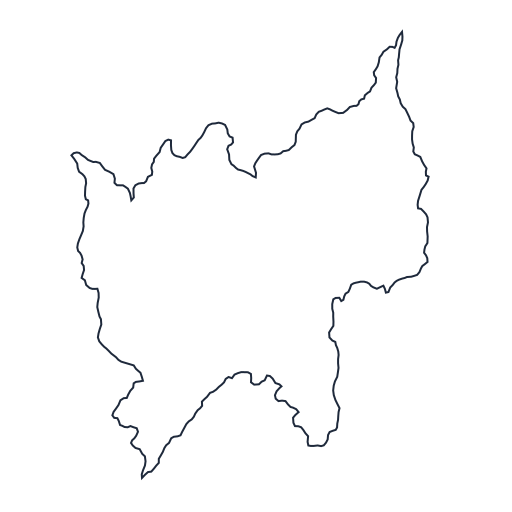 Itapecerica, Minas Gerais, Brazil, rotated 356°
{"feature_id": "56859067B8389558658306", "entity_name": "Itapecerica", "entity_type": "district", "adm_level": 2, "iso_a3": "BRA", "parent_name": "Brazil", "parent_adm1": "Minas Gerais", "projection": "equal_earth", "projection_center": [-45.108, -20.455], "detail": "fine", "context": "isolated", "style": "outline", "palette": "slate", "viewbox_px": 512, "rotation_deg": 356, "n_neighbors": 0, "source": "geoboundaries", "source_scale": "gbopen_adm2", "svg_char_len": 5973}
<svg xmlns="http://www.w3.org/2000/svg" viewBox="0 0 512 512"><g transform="rotate(356 256 256)"><path d="M300.1,449.5L304.3,449.3L307.7,450.2L310.4,449.6L312.8,447.1L314.7,444.0L315.4,439.6L317.2,436.7L320.4,435.7L323.4,435.0L324.9,432.7L325.4,428.8L326.4,425.3L326.9,421.4L327.5,417.4L328.7,413.6L326.9,409.4L325.2,405.2L323.9,400.2L323.6,395.5L324.5,390.7L326.0,386.6L328.6,382.2L329.6,377.7L330.5,373.4L330.4,368.7L330.7,364.6L331.5,360.5L331.4,357.0L330.6,353.3L329.5,350.5L329.1,347.2L326.3,345.7L323.6,342.4L323.6,337.4L326.0,334.0L328.3,331.1L328.7,326.9L328.8,321.8L329.1,318.0L328.4,314.0L328.7,309.3L330.1,304.6L332.5,303.4L336.2,303.5L337.9,306.9L340.1,305.8L341.2,302.4L342.7,299.8L345.6,298.3L347.3,295.2L349.0,291.3L351.4,290.1L353.8,289.6L356.2,289.3L358.6,288.9L361.9,289.1L364.9,290.1L367.1,291.6L368.6,293.8L370.8,295.4L374.3,297.1L377.8,295.7L381.0,294.5L382.3,297.8L383.0,301.6L385.6,301.2L387.7,296.8L390.3,294.5L392.4,292.1L394.6,290.6L397.0,289.6L400.4,288.7L402.8,288.3L405.1,287.5L409.4,287.5L412.2,286.9L415.4,286.1L417.9,283.5L419.7,279.9L421.2,277.6L423.7,276.0L426.7,273.9L426.7,270.1L425.6,267.1L423.9,264.5L424.5,261.3L425.5,258.2L427.9,255.0L428.6,248.5L428.4,243.5L428.6,239.1L429.9,234.5L429.8,229.4L428.6,226.3L426.4,223.4L423.9,220.5L421.0,219.8L420.8,216.2L421.5,212.3L423.4,207.5L425.7,201.5L428.1,198.9L430.3,196.1L432.5,192.7L433.7,188.9L431.2,187.5L431.3,183.8L432.2,180.5L430.0,176.8L428.3,173.1L426.8,168.6L424.0,166.9L421.5,165.6L420.2,162.7L421.0,158.7L420.1,154.9L419.8,150.6L420.1,146.6L420.6,142.4L422.3,138.3L422.1,134.4L419.6,131.7L418.5,127.9L416.7,123.3L415.3,119.9L412.8,117.3L411.0,113.7L410.4,109.9L409.0,106.7L408.5,103.2L407.5,98.4L409.0,92.1L408.3,87.5L409.7,83.4L410.2,79.1L411.4,75.2L411.4,70.7L412.3,67.8L412.8,64.6L413.6,59.8L415.5,55.2L417.0,51.1L417.4,47.4L417.3,42.6L414.7,45.5L412.8,48.2L411.1,52.0L410.4,55.5L408.8,58.0L406.7,56.9L403.9,56.6L401.0,59.0L397.4,61.1L395.4,64.1L393.1,66.5L392.0,71.4L390.5,75.3L388.6,78.0L386.3,80.8L386.5,84.0L388.2,86.8L387.6,91.4L385.6,93.7L383.0,96.1L381.2,99.8L378.9,101.0L375.8,103.3L374.8,106.6L372.0,107.1L369.8,108.8L368.8,111.7L366.8,113.2L364.1,113.1L360.0,113.9L357.1,116.6L352.9,119.3L348.3,119.3L345.2,117.8L342.3,116.3L340.1,114.9L337.4,113.7L334.2,114.7L331.6,115.7L328.7,116.5L326.0,119.0L324.1,122.6L321.0,124.0L317.7,125.6L314.0,126.2L310.6,127.9L308.3,132.0L305.9,134.5L304.3,137.8L303.6,144.8L302.1,148.0L299.3,149.9L296.1,152.6L292.9,153.2L290.5,153.3L287.7,155.4L285.0,156.0L281.8,156.0L278.5,155.7L275.7,154.5L271.7,154.5L268.1,155.6L265.7,158.4L263.6,161.0L261.8,163.4L260.3,166.5L261.0,169.5L261.8,173.0L261.2,177.6L258.1,176.0L256.2,174.2L254.0,172.9L251.5,171.4L249.1,170.2L246.4,169.2L244.1,168.5L242.1,166.7L240.0,164.3L237.9,162.7L236.1,158.3L236.2,152.8L234.7,147.5L236.3,144.1L239.0,143.1L241.0,141.1L240.9,136.3L238.0,134.9L236.4,131.7L236.2,127.8L234.3,123.1L231.3,121.4L228.0,120.4L224.6,120.9L221.4,120.9L217.7,122.2L215.1,125.0L212.9,128.9L210.9,132.0L209.0,134.3L206.6,136.2L204.4,139.0L202.2,141.9L200.0,144.6L197.6,147.4L194.8,149.9L192.3,152.5L189.7,153.1L186.9,151.8L183.8,150.9L181.6,149.7L179.8,147.5L178.9,144.3L178.9,139.5L179.3,134.7L176.6,133.8L173.6,135.0L171.0,138.3L168.5,141.4L167.1,145.6L163.6,149.0L161.1,151.8L160.6,155.0L158.7,157.3L157.7,160.8L158.4,164.6L157.8,167.8L153.7,169.5L151.6,173.8L149.4,175.4L147.1,175.3L144.0,175.5L140.6,177.0L138.5,180.1L138.2,185.0L138.2,189.1L135.5,191.8L135.1,187.7L134.6,184.3L132.9,179.9L130.5,177.9L128.2,176.2L125.3,176.0L122.2,175.7L119.9,173.1L120.6,169.0L119.5,164.4L115.5,161.7L111.4,159.5L108.8,155.7L106.7,152.3L102.8,150.9L100.2,150.9L97.5,149.6L95.1,148.4L92.4,145.6L89.1,143.1L87.0,140.9L84.5,140.2L81.3,140.7L78.9,142.7L81.4,146.4L84.1,151.3L84.3,155.7L85.4,159.6L88.6,162.3L90.4,164.6L91.5,167.3L91.6,171.6L90.6,175.2L90.0,179.9L89.6,183.9L90.2,187.5L92.4,188.8L92.5,192.0L91.4,195.1L89.5,198.2L87.9,201.6L86.8,206.0L86.1,210.5L86.1,214.4L85.0,219.0L82.9,223.2L81.1,226.7L79.2,231.1L78.3,235.0L78.9,238.6L80.7,240.6L82.0,243.4L82.8,247.3L81.6,250.9L83.4,253.9L83.5,258.0L81.9,261.8L80.5,265.7L83.6,268.3L84.6,273.1L87.8,276.3L90.5,277.4L93.2,277.6L95.5,277.6L96.4,281.9L96.2,286.5L94.8,291.7L94.1,295.9L94.8,300.6L95.7,305.6L96.9,308.2L96.9,313.6L95.1,317.9L93.5,322.3L92.6,326.2L93.7,330.2L96.0,333.4L98.2,336.0L100.2,337.8L102.5,340.4L104.9,343.3L107.4,345.5L109.3,347.2L111.5,350.0L114.2,352.0L117.9,353.4L122.7,355.2L126.4,356.6L128.3,360.1L130.3,362.2L132.6,364.4L133.7,368.7L134.5,372.6L131.1,373.0L127.4,373.2L125.1,374.5L124.3,378.7L121.2,381.7L118.8,385.4L117.2,388.6L114.1,388.6L110.7,390.5L108.4,395.1L105.5,398.7L103.1,401.5L101.6,404.9L103.3,407.6L106.4,408.1L107.6,411.0L108.6,415.1L110.8,416.1L112.9,417.4L116.0,417.9L118.9,416.9L121.9,418.3L125.0,419.5L126.0,423.1L123.9,427.0L121.9,429.4L119.6,431.2L118.3,433.8L119.8,436.4L122.4,439.1L126.5,440.6L128.7,445.4L131.2,448.1L131.5,453.1L130.6,457.3L128.3,462.0L126.8,465.8L126.8,469.4L130.2,466.3L133.2,464.0L136.5,463.8L139.4,460.9L142.0,458.0L144.6,455.6L144.9,451.5L147.0,448.5L149.4,444.9L151.2,441.2L153.2,438.5L156.2,436.4L158.7,431.9L161.4,430.6L165.3,430.4L168.2,429.6L170.0,426.4L172.6,422.3L174.8,418.8L177.4,416.3L180.5,414.5L182.8,412.0L184.4,409.0L187.1,405.7L189.6,404.0L191.8,401.7L191.9,397.5L194.7,395.1L197.3,393.1L200.6,389.3L203.6,388.5L207.0,386.5L209.8,384.0L212.7,382.0L215.3,379.8L217.2,376.5L220.2,374.8L223.5,376.2L226.3,372.8L229.7,371.6L233.2,370.8L239.8,371.4L242.7,373.3L242.7,377.4L242.2,381.6L245.2,384.2L250.0,384.2L252.8,381.8L256.0,380.6L258.6,376.0L261.5,376.7L264.1,379.5L266.5,384.1L270.4,385.7L272.3,387.8L270.1,389.5L267.1,392.4L265.2,396.2L265.7,399.7L268.3,402.3L271.9,402.1L275.3,402.8L277.5,406.2L279.9,409.0L282.2,409.8L285.4,411.6L287.6,414.7L284.1,417.4L281.7,419.9L281.7,425.0L283.0,428.4L286.4,428.8L289.1,430.0L291.1,432.9L292.9,436.2L295.4,439.4L294.5,445.0L295.0,448.7L297.4,449.3L300.1,449.5Z" fill="none" stroke="#1e293b" stroke-width="2"/></g></svg>